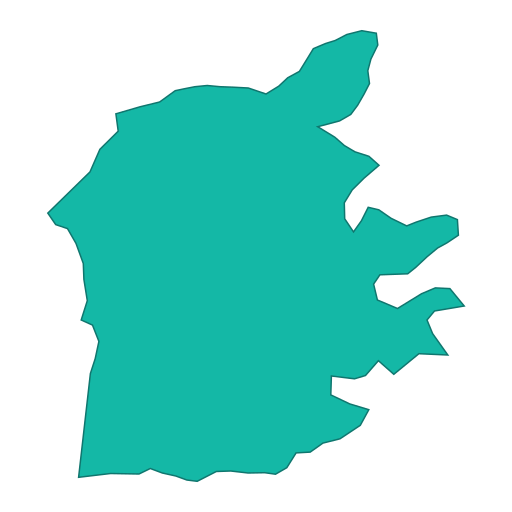 the district of Bom Progresso, Rio Grande do Sul, Brazil
{"feature_id": "56859067B54458267467801", "entity_name": "Bom Progresso", "entity_type": "district", "adm_level": 2, "iso_a3": "BRA", "parent_name": "Brazil", "parent_adm1": "Rio Grande do Sul", "projection": "natural_earth1", "projection_center": [-53.832, -27.54], "detail": "fine", "context": "isolated", "style": "filled", "palette": "teal", "viewbox_px": 512, "rotation_deg": 0, "n_neighbors": 0, "source": "geoboundaries", "source_scale": "gbopen_adm2", "svg_char_len": 1437}
<svg xmlns="http://www.w3.org/2000/svg" viewBox="0 0 512 512"><path d="M369.5,83.5L367.8,70.7L370.9,59.1L377.8,45.0L376.3,33.2L361.8,30.7L346.8,34.5L335.2,40.5L325.6,43.5L313.4,48.6L306.5,59.9L299.4,71.4L287.8,77.7L278.7,86.2L266.0,94.0L248.3,88.0L233.3,87.2L220.0,86.7L207.2,85.5L194.9,86.7L184.7,88.7L175.2,90.7L159.6,102.0L140.0,106.8L115.9,113.8L118.2,131.2L99.9,149.3L90.0,171.9L47.8,213.1L55.7,224.6L67.5,228.6L76.0,243.4L83.3,263.5L83.9,279.4L87.3,300.7L81.2,320.0L92.5,325.1L98.9,341.4L95.2,358.7L90.4,373.5L78.6,477.3L110.6,473.5L139.0,474.0L150.3,468.5L162.3,473.0L175.8,476.0L186.8,480.0L197.2,481.3L216.3,471.5L230.7,471.0L248.1,473.0L264.7,472.7L275.5,474.2L286.8,467.7L296.1,452.9L310.2,452.1L322.9,443.1L340.0,438.8L360.3,425.3L368.8,409.7L349.7,403.9L330.8,394.9L331.4,376.0L354.5,378.8L365.5,375.5L378.4,360.7L393.8,374.3L418.9,353.7L447.8,355.0L432.6,333.6L427.0,320.0L434.5,311.0L464.2,306.0L449.9,288.6L435.3,287.9L421.6,293.7L397.5,308.5L377.4,300.0L373.6,284.1L379.9,274.8L393.4,274.3L407.7,273.8L415.8,267.3L427.0,256.8L437.6,248.0L447.2,242.7L458.4,235.2L457.4,219.6L446.6,215.1L431.2,217.1L416.2,222.1L406.7,225.9L391.1,218.3L378.8,209.8L368.2,207.3L361.4,220.8L353.5,231.9L344.7,218.8L344.3,202.8L352.2,189.9L364.1,178.1L379.0,165.3L368.9,156.3L354.9,151.8L344.3,145.5L334.8,137.2L317.7,126.7L339.6,120.9L350.8,114.4L357.6,105.3L364.1,94.0L369.5,83.5Z" fill="#14b8a6" stroke="#0f766e" stroke-width="1.5"/></svg>